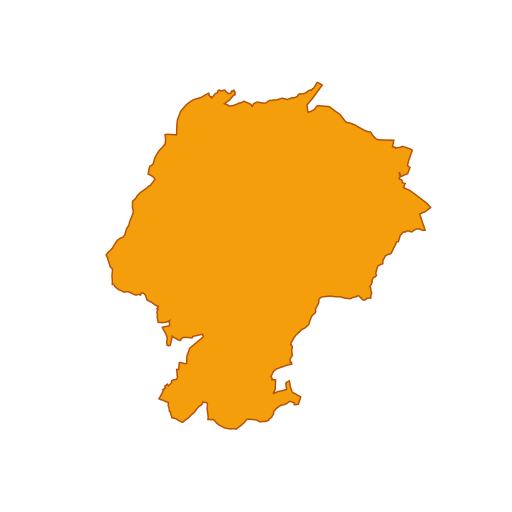 outline of Hoparta, Alba, Romania, rotated 298°
{"feature_id": "2599482B78204466133133", "entity_name": "Hoparta", "entity_type": "district", "adm_level": 2, "iso_a3": "ROU", "parent_name": "Romania", "parent_adm1": "Alba", "projection": "natural_earth1", "projection_center": [23.904, 46.328], "detail": "fine", "context": "isolated", "style": "filled", "palette": "amber", "viewbox_px": 512, "rotation_deg": 298, "n_neighbors": 0, "source": "geoboundaries", "source_scale": "gbopen_adm2", "svg_char_len": 6123}
<svg xmlns="http://www.w3.org/2000/svg" viewBox="0 0 512 512"><g transform="rotate(298 256 256)"><path d="M418.0,288.6L417.9,287.0L418.2,281.3L417.8,279.9L417.9,278.4L417.3,275.8L416.6,274.0L416.6,272.2L417.0,271.7L417.0,271.1L418.4,268.4L419.4,265.6L420.4,263.7L421.1,258.1L422.2,251.2L422.1,250.0L417.5,239.5L413.1,238.8L409.8,236.9L407.2,234.4L413.3,230.1L422.2,232.0L438.0,234.2L438.2,229.8L437.9,228.5L431.0,228.1L430.2,227.4L428.3,227.1L428.2,226.1L426.0,224.5L423.8,223.5L421.2,221.5L419.6,218.3L418.3,217.6L416.1,217.5L413.6,215.4L412.5,213.3L409.0,210.3L407.5,204.8L402.9,200.3L402.4,199.3L402.3,198.5L400.9,197.2L399.9,195.2L398.4,194.1L395.6,192.8L394.2,190.2L392.5,184.8L389.7,182.5L386.5,182.5L386.3,182.3L387.3,180.8L387.5,179.7L386.9,172.4L385.5,171.9L383.5,170.0L383.2,169.2L382.3,168.8L378.8,165.9L377.0,163.9L376.0,162.2L376.1,160.3L375.6,156.6L381.3,159.4L386.4,160.5L387.6,161.0L388.3,161.7L389.0,161.6L389.5,161.0L390.3,161.0L390.9,160.5L391.0,159.6L391.7,159.1L392.0,158.5L390.4,158.0L390.4,157.3L389.9,156.9L388.7,157.3L387.8,157.3L387.4,157.0L386.9,156.0L386.4,155.6L387.0,153.1L386.9,152.3L387.7,151.4L387.7,150.2L385.7,148.0L385.4,147.4L385.3,146.0L385.1,145.5L383.8,144.8L382.6,145.4L381.5,145.0L380.2,143.7L375.2,142.9L374.7,142.6L374.8,142.2L375.6,141.7L375.1,140.7L375.9,139.4L375.9,139.0L376.3,139.0L377.6,137.8L377.4,137.6L370.0,132.9L365.3,128.0L361.8,125.7L357.6,123.7L350.3,121.9L348.2,121.6L339.3,122.7L334.2,124.8L325.7,129.0L321.7,120.3L320.3,118.8L316.8,121.3L311.8,123.4L311.5,122.9L310.1,122.8L302.9,120.9L296.3,120.5L288.8,121.9L288.2,121.9L285.8,120.3L285.2,120.2L281.4,121.0L277.8,122.3L277.7,127.6L276.5,130.7L276.0,130.8L268.5,129.5L267.7,128.7L263.3,127.0L258.0,124.2L253.8,122.9L250.2,122.7L246.7,121.4L245.3,121.8L240.9,124.1L238.5,126.2L236.5,127.3L226.7,128.4L223.6,129.3L219.6,128.9L212.9,130.2L209.9,129.6L208.1,127.9L205.7,126.6L203.6,126.0L199.1,125.6L195.9,125.6L192.9,124.8L190.0,123.7L186.5,123.2L184.2,126.3L183.5,126.8L178.0,132.5L177.7,132.8L177.4,134.5L176.8,135.6L170.9,138.1L167.0,140.6L163.4,142.5L164.1,143.7L163.7,144.7L162.8,145.8L162.1,148.6L161.8,150.8L162.3,154.0L162.0,155.0L162.0,156.2L164.1,159.2L164.5,160.3L164.8,166.5L165.0,167.8L165.4,168.8L166.3,169.5L167.1,170.5L167.0,172.0L167.4,172.4L167.9,172.5L168.9,172.0L169.4,172.0L170.0,172.9L170.3,174.4L169.3,177.1L166.1,180.3L165.9,180.8L166.1,185.9L165.5,189.0L165.4,192.1L165.9,192.9L165.6,193.5L164.7,193.6L162.8,193.1L163.0,194.7L160.4,194.7L159.6,195.0L157.2,196.9L155.9,197.3L154.4,198.4L151.5,200.8L152.8,203.8L154.7,206.9L156.0,208.3L158.4,210.1L157.8,210.1L156.3,210.8L153.9,212.5L149.2,206.8L147.9,208.2L144.8,213.1L142.6,215.5L141.7,216.2L137.9,217.7L135.5,219.4L135.7,221.0L136.6,222.2L142.0,220.9L145.9,219.6L145.5,221.7L145.5,228.2L145.9,228.7L146.7,229.1L148.0,228.7L150.0,230.1L151.8,233.4L153.4,237.4L154.0,238.2L155.1,237.8L162.0,245.6L160.9,246.2L160.3,247.2L159.4,247.2L144.6,241.2L142.9,240.7L141.7,241.1L135.3,242.0L133.3,242.8L128.5,245.3L127.3,242.9L126.7,239.6L125.7,238.3L119.6,241.0L118.6,239.2L114.7,241.8L113.2,242.5L112.4,243.6L110.5,243.7L109.7,243.5L107.2,240.6L106.4,240.1L105.4,240.3L104.7,241.0L100.1,239.5L101.2,237.9L98.3,236.5L97.2,238.0L94.2,236.5L93.7,237.4L88.1,237.5L84.4,237.3L84.3,239.0L85.0,241.2L85.1,245.1L85.6,247.3L82.5,248.8L81.2,250.4L78.3,252.4L78.0,252.9L78.0,253.6L77.8,254.0L76.1,255.1L75.2,256.5L73.8,257.5L74.7,261.7L74.4,266.3L74.7,269.3L78.4,270.7L81.1,272.3L85.3,273.4L88.7,274.9L93.6,275.6L96.0,276.2L98.6,277.6L100.2,277.9L102.5,277.7L102.5,279.2L103.3,281.3L103.1,282.2L101.1,283.3L98.4,284.4L92.2,288.8L90.0,290.1L89.1,290.2L89.0,290.4L90.0,292.0L90.2,293.2L91.5,294.7L91.7,295.1L89.8,300.4L89.5,301.9L89.4,307.4L89.5,309.0L90.4,312.1L91.4,314.9L92.5,316.2L94.0,320.1L95.1,320.2L99.1,322.2L103.5,323.9L107.1,324.4L108.7,326.6L111.2,332.7L111.5,334.2L111.4,337.4L113.6,340.5L114.1,341.8L116.9,344.4L117.9,344.0L120.7,345.5L125.1,345.5L126.8,344.7L131.1,345.6L136.1,348.2L137.6,350.3L139.0,351.5L141.1,353.0L142.0,353.1L143.2,353.8L143.7,354.5L144.4,358.9L143.0,359.2L142.7,359.6L143.0,360.3L144.9,363.0L152.6,361.7L152.8,355.1L152.7,352.9L152.8,351.8L156.8,347.6L161.4,344.1L160.4,343.3L157.9,342.0L155.6,343.4L153.0,345.4L152.5,345.5L149.3,342.3L146.7,339.1L142.9,336.2L143.1,335.7L143.6,335.5L145.7,335.8L147.6,335.4L156.0,331.4L154.1,328.1L155.5,327.8L156.5,325.8L162.2,325.7L165.7,326.9L173.7,334.2L177.4,338.4L178.8,337.2L178.2,336.3L180.6,334.5L182.8,334.5L185.1,334.9L189.9,331.5L191.7,331.3L193.1,330.4L194.0,329.3L194.2,328.1L195.7,327.8L201.6,327.9L206.0,328.6L206.4,329.0L212.7,331.0L215.6,333.1L220.1,334.7L221.6,334.5L223.8,334.0L228.7,333.5L230.3,333.7L233.0,334.8L234.3,334.9L235.3,334.6L236.9,333.5L243.4,333.4L245.3,332.9L247.0,332.0L248.3,332.1L249.4,332.5L250.9,333.5L255.4,340.3L257.5,345.6L259.5,349.5L260.5,354.3L262.3,358.7L262.8,359.5L265.5,361.5L266.5,363.1L267.3,363.8L268.2,364.1L269.1,365.7L267.4,370.8L268.0,372.5L269.0,373.2L270.5,373.8L272.3,375.8L272.7,377.1L275.2,375.9L278.1,375.3L278.6,374.3L281.5,372.3L282.5,370.8L284.4,371.1L287.1,370.9L289.3,369.8L290.9,369.7L292.3,369.9L293.5,371.0L295.4,371.5L296.8,370.0L297.5,369.7L302.6,368.5L304.6,368.5L305.2,368.8L307.5,370.4L308.7,371.6L311.7,370.1L315.2,370.3L316.1,369.8L319.2,371.7L320.9,373.6L321.9,374.1L328.5,373.8L331.6,373.9L334.4,373.4L335.5,374.9L336.0,374.9L342.4,373.6L343.8,374.3L345.0,374.3L346.8,375.2L346.9,376.3L348.7,377.5L349.6,378.4L350.3,382.2L353.0,383.4L355.6,385.5L356.5,387.3L356.9,390.7L357.2,391.7L358.2,393.2L369.9,380.8L374.6,384.6L380.8,387.4L382.6,382.4L383.1,380.1L385.7,363.8L386.1,360.5L385.6,354.1L390.0,353.6L389.4,350.8L390.0,350.5L391.5,349.1L391.4,346.1L391.7,345.8L393.4,346.1L396.4,343.4L396.9,343.7L394.1,346.6L400.0,351.2L406.5,350.4L406.8,347.8L407.4,347.1L411.1,346.2L422.8,344.3L422.9,342.3L421.7,334.1L420.9,333.1L420.2,333.2L417.8,329.7L416.6,328.5L416.9,328.0L417.4,327.7L417.1,326.6L416.5,325.2L423.0,323.3L420.3,318.3L416.1,309.6L415.7,307.0L417.2,302.6L417.9,301.1L418.6,300.4L419.2,298.6L418.7,297.6L417.9,294.0L417.9,290.4L418.0,288.6Z" fill="#f59e0b" stroke="#b45309" stroke-width="1.5"/></g></svg>